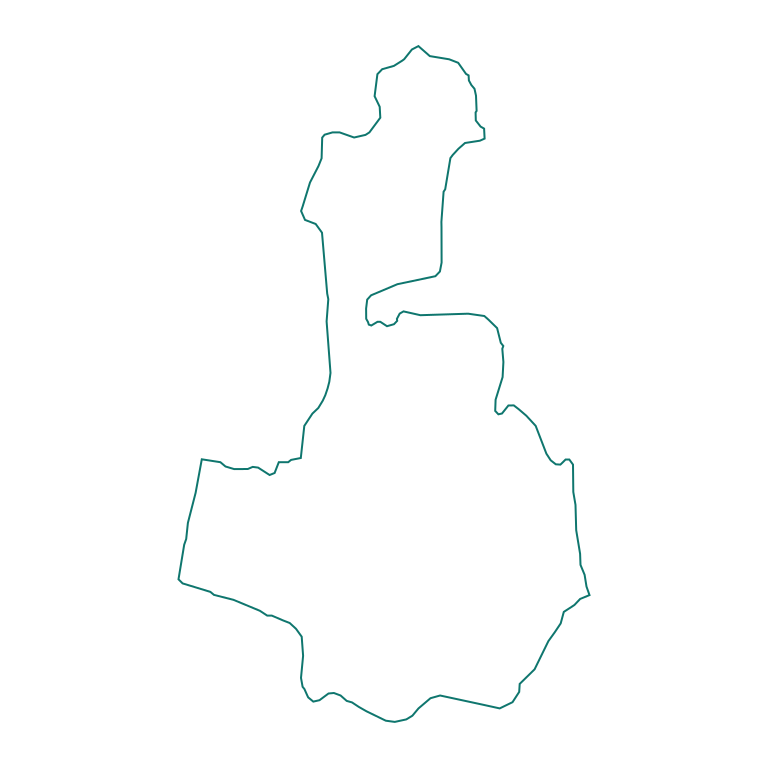 Nueva Santa Rosa, Santa Rosa, Guatemala
{"feature_id": "79465075B8683235112277", "entity_name": "Nueva Santa Rosa", "entity_type": "district", "adm_level": 2, "iso_a3": "GTM", "parent_name": "Guatemala", "parent_adm1": "Santa Rosa", "projection": "robinson", "projection_center": [-90.272, 14.39], "detail": "fine", "context": "isolated", "style": "outline", "palette": "teal", "viewbox_px": 768, "rotation_deg": 0, "n_neighbors": 0, "source": "geoboundaries", "source_scale": "gbopen_adm2", "svg_char_len": 2246}
<svg xmlns="http://www.w3.org/2000/svg" viewBox="0 0 768 768"><path d="M267.2,615.6L271.8,615.6L283.0,620.4L289.7,623.0L296.0,628.8L301.7,636.7L303.1,655.8L301.0,677.9L302.6,686.8L304.4,689.0L307.2,695.3L308.2,697.4L313.3,701.6L319.5,700.2L328.5,693.5L333.9,693.0L340.6,695.5L346.7,700.9L352.0,702.4L358.8,706.9L366.5,711.3L385.8,720.7L394.8,721.9L406.3,719.4L412.4,715.7L418.5,708.4L430.5,698.2L440.1,695.5L482.4,704.6L499.7,708.4L512.5,702.2L519.2,691.9L519.7,683.9L534.6,669.3L548.4,641.1L554.8,632.2L560.7,623.4L563.8,611.9L574.4,605.0L580.2,598.9L589.5,595.1L586.5,586.6L584.6,574.8L580.5,564.9L580.1,553.8L576.2,530.2L575.5,504.9L573.3,492.0L573.0,464.6L569.3,459.5L565.6,459.5L562.4,462.7L560.4,464.6L555.8,464.3L550.7,460.3L546.4,453.7L535.7,425.9L526.3,415.7L518.7,409.2L513.8,405.4L508.4,405.5L502.0,413.5L498.4,414.3L495.2,410.9L495.6,399.7L502.6,377.1L503.4,362.0L502.3,348.8L503.3,346.0L500.8,342.8L497.1,328.1L488.5,319.7L484.3,316.0L468.1,313.7L420.4,315.2L403.5,311.4L399.7,313.6L396.9,318.9L397.2,320.8L394.0,324.2L387.0,326.2L380.3,321.8L377.5,321.8L371.3,325.5L368.8,324.6L368.0,322.0L366.2,318.8L366.1,308.6L367.2,299.6L371.1,295.3L397.4,284.2L435.4,276.2L439.9,271.5L441.6,262.6L441.5,227.5L441.4,221.8L443.6,191.7L445.2,189.3L450.4,158.1L452.7,155.0L458.5,148.7L465.0,143.0L479.9,140.7L484.6,138.6L484.1,128.6L480.6,126.6L475.8,120.5L475.6,112.4L476.6,110.9L476.0,95.7L474.5,88.8L471.4,85.1L468.9,80.5L468.6,75.4L466.0,73.9L458.2,62.8L449.2,59.3L429.8,56.1L418.4,46.1L411.9,49.5L404.2,59.2L402.3,60.6L393.9,65.9L382.2,69.2L377.4,74.2L374.6,96.2L379.7,106.8L380.3,117.7L369.4,132.4L365.5,134.9L354.1,137.5L339.6,132.4L332.5,132.4L324.6,134.7L322.2,137.6L321.6,158.3L318.5,166.0L310.0,182.5L302.7,206.3L301.1,211.0L305.0,219.9L315.7,224.0L322.0,232.7L327.2,293.6L328.3,299.2L326.6,321.4L330.5,372.9L329.3,381.8L327.6,388.4L325.3,395.2L322.8,400.6L318.3,408.0L312.4,413.6L304.3,425.9L300.8,458.0L291.1,459.9L288.2,462.2L278.8,462.2L274.6,473.0L269.6,475.0L258.1,467.6L252.7,466.9L247.8,469.0L234.2,469.1L225.5,466.5L220.4,462.2L201.8,459.3L195.6,492.9L187.9,522.9L186.2,539.0L184.2,544.7L178.5,579.3L182.6,583.4L210.4,591.9L214.0,594.9L233.4,599.8L259.9,610.8L267.2,615.6Z" fill="none" stroke="#0f766e" stroke-width="2"/></svg>